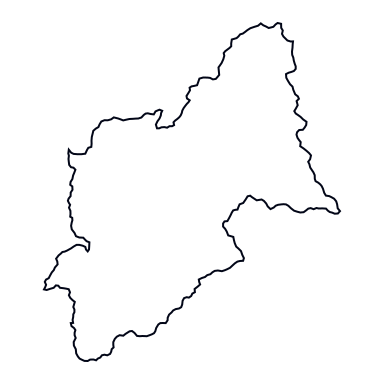 the district of Sabinópolis, Minas Gerais, Brazil
{"feature_id": "56859067B20654239248752", "entity_name": "Sabinópolis", "entity_type": "district", "adm_level": 2, "iso_a3": "BRA", "parent_name": "Brazil", "parent_adm1": "Minas Gerais", "projection": "orthographic", "projection_center": [-43.061, -18.65], "detail": "fine", "context": "isolated", "style": "outline", "palette": "ink", "viewbox_px": 384, "rotation_deg": 0, "n_neighbors": 0, "source": "geoboundaries", "source_scale": "gbopen_adm2", "svg_char_len": 5059}
<svg xmlns="http://www.w3.org/2000/svg" viewBox="0 0 384 384"><path d="M44.0,289.4L46.7,290.0L49.9,288.9L53.7,287.8L55.9,285.4L58.3,285.7L60.0,287.8L63.4,288.2L65.9,288.6L68.7,289.2L70.0,292.3L68.9,295.2L70.2,297.8L72.5,300.1L74.8,301.9L74.0,304.6L73.3,307.0L74.4,309.5L74.4,312.2L73.3,314.3L73.2,317.0L72.6,319.9L73.1,322.9L70.8,323.1L71.5,326.1L74.0,328.0L75.4,330.1L74.6,332.7L74.6,335.2L75.7,338.0L73.7,342.0L73.9,345.6L75.8,349.2L76.2,353.4L77.9,356.5L79.6,358.6L81.8,359.7L84.4,360.9L87.7,361.0L90.1,359.6L93.4,359.5L96.1,360.3L97.8,358.6L100.3,357.5L101.9,355.3L104.4,354.7L107.3,355.3L110.1,353.9L111.2,351.7L111.7,349.2L113.6,347.4L113.3,345.0L113.3,342.1L114.8,338.9L116.8,336.7L119.6,335.2L123.3,335.7L125.5,333.9L127.7,332.5L129.6,331.3L132.0,331.0L134.5,332.9L137.0,335.9L139.8,336.2L142.5,336.0L146.8,336.2L149.6,335.2L151.9,334.3L154.0,333.2L155.3,331.2L156.2,328.0L158.3,324.5L160.3,323.1L162.6,323.0L165.7,323.1L167.6,320.3L167.7,317.7L169.1,314.6L171.6,312.4L173.1,310.5L175.7,309.1L179.0,308.5L181.2,307.2L182.2,304.5L182.6,300.8L184.1,298.1L186.7,297.2L188.9,297.6L191.2,296.0L192.3,293.6L194.9,292.2L194.6,289.0L197.7,286.6L200.1,284.5L199.2,282.0L198.8,279.5L201.9,278.0L205.0,277.0L207.3,275.1L210.4,274.2L212.4,272.3L214.7,270.9L217.9,270.5L221.9,271.2L224.9,270.2L227.0,269.3L230.0,267.8L232.8,265.2L234.9,263.3L237.4,261.6L239.9,261.0L243.1,260.8L243.9,258.1L242.3,254.9L241.0,251.1L238.5,248.6L236.2,246.6L234.7,243.0L233.9,239.9L233.3,236.9L230.9,236.2L228.2,235.4L226.8,231.7L225.2,228.9L223.1,226.6L223.1,223.5L224.5,221.4L227.4,221.1L229.3,217.7L230.8,214.8L231.8,212.6L233.2,210.4L235.4,209.8L237.5,209.6L238.4,207.1L239.6,204.3L243.2,203.0L245.7,199.4L247.6,196.3L250.2,195.7L251.9,197.1L254.6,198.9L256.7,200.3L259.2,199.9L261.6,199.5L263.9,200.9L266.2,203.5L267.7,206.4L270.5,209.1L273.8,207.5L275.7,205.7L278.1,204.8L281.2,204.4L283.5,204.2L286.0,204.4L288.4,205.8L291.0,208.3L294.1,210.7L297.2,211.7L300.3,212.5L303.6,212.2L305.7,210.7L308.3,208.6L310.7,208.1L313.6,209.2L316.5,208.0L318.7,208.5L322.4,208.4L326.0,208.6L327.8,210.6L329.7,212.0L332.1,212.6L334.7,213.7L337.9,213.5L340.0,211.1L337.7,208.3L337.1,204.2L336.2,201.3L334.1,198.7L331.3,197.1L329.2,196.1L325.9,195.6L324.2,192.8L323.0,188.8L321.7,186.1L320.3,184.4L318.3,182.7L315.6,181.2L314.8,178.9L314.7,175.2L313.4,172.3L312.1,170.4L310.2,167.5L309.4,164.2L308.2,161.8L310.1,159.2L311.0,155.4L309.1,153.1L306.5,150.8L303.5,148.4L300.2,146.2L300.7,142.1L299.0,140.0L297.5,137.8L296.5,134.6L297.1,132.2L299.2,130.0L302.8,129.8L304.6,127.6L306.2,125.0L306.5,121.8L303.1,119.4L300.6,116.9L298.1,115.1L295.7,113.5L294.3,111.1L295.9,108.5L297.7,105.2L296.6,101.1L298.9,98.8L297.9,96.4L295.2,94.3L293.3,89.8L292.5,86.6L290.1,84.3L288.0,80.9L286.3,77.8L286.0,74.1L288.7,72.7L291.5,71.9L293.9,71.0L295.7,68.9L295.7,66.3L294.7,63.7L293.8,60.6L293.3,57.6L292.2,54.9L292.0,51.6L292.5,47.7L292.7,44.0L293.0,41.4L290.7,41.5L287.4,40.5L284.9,38.0L283.4,36.5L282.0,33.9L282.8,30.5L281.2,27.9L281.1,23.8L277.6,23.0L275.6,24.4L273.4,26.8L271.2,27.4L268.7,28.0L266.0,26.5L263.3,25.3L260.8,23.4L258.1,25.7L254.5,26.8L250.4,28.2L247.4,30.1L245.0,32.0L242.8,33.6L240.2,34.3L238.3,36.6L236.6,38.1L234.3,38.8L231.8,39.5L231.2,43.4L231.2,46.3L229.6,47.9L227.2,49.7L225.2,51.2L223.7,53.1L224.3,55.7L223.3,59.3L221.6,63.0L219.8,65.6L218.5,67.4L218.8,70.8L219.2,74.9L217.3,77.2L215.8,78.9L212.9,79.4L210.1,77.9L207.5,77.6L203.2,77.5L199.4,78.6L198.2,82.1L197.1,85.2L194.2,85.9L191.5,86.4L189.6,87.7L190.0,90.3L188.2,93.3L186.5,96.0L187.0,98.5L189.7,100.3L188.5,102.2L186.9,103.8L185.4,105.7L183.7,108.0L182.3,110.6L181.8,112.9L180.7,115.4L179.3,117.2L177.4,118.9L175.1,120.6L173.5,122.3L174.1,125.1L172.1,126.2L169.5,126.2L167.1,127.7L164.4,127.1L161.5,127.3L159.2,128.3L157.0,128.3L155.9,124.6L157.4,121.4L159.5,118.5L160.8,115.5L161.1,113.1L162.2,110.8L159.5,109.7L157.5,110.5L155.5,111.4L153.8,114.4L150.6,114.0L147.8,113.3L145.6,113.6L143.8,114.9L141.4,117.5L138.3,118.5L135.7,118.6L133.2,118.8L129.4,119.0L126.2,119.7L123.2,120.4L120.7,119.4L118.2,118.5L113.8,117.4L111.2,119.3L107.7,120.3L104.5,120.2L101.3,121.5L99.6,124.3L98.4,127.1L95.8,128.6L93.3,130.8L92.7,133.4L91.8,137.0L91.5,140.7L91.6,143.8L91.3,146.9L88.3,147.8L87.0,150.0L85.3,153.7L81.4,154.2L77.4,154.2L73.6,153.9L71.2,152.7L68.8,149.7L68.3,153.5L68.9,155.7L68.5,158.9L68.8,161.8L69.2,164.9L71.0,167.2L73.5,167.7L75.4,169.7L74.2,172.9L73.1,175.5L72.4,179.0L70.6,181.9L70.2,184.8L72.3,186.4L72.5,189.8L70.7,192.5L70.6,196.1L68.6,198.6L67.9,200.8L68.9,202.9L70.1,204.8L69.0,207.7L70.4,210.8L70.5,214.0L70.2,216.7L72.2,217.8L72.4,220.2L71.7,222.6L71.1,225.8L71.8,229.4L74.5,232.9L76.0,236.2L79.3,237.5L83.3,237.7L84.9,239.5L86.6,241.2L89.4,242.3L89.2,246.4L89.0,249.5L87.7,251.4L86.0,249.5L85.3,246.9L82.7,245.7L79.4,244.9L76.5,244.9L73.7,246.5L71.0,248.4L69.0,249.5L67.0,250.6L64.7,251.6L62.4,252.0L60.8,253.6L58.6,255.4L56.1,258.7L57.3,261.5L57.6,264.4L54.9,267.5L53.8,270.1L51.8,272.4L50.2,275.3L48.7,278.2L46.0,279.6L44.8,281.9L46.1,284.8L45.2,287.1L44.0,289.4Z" fill="none" stroke="#020617" stroke-width="2"/></svg>